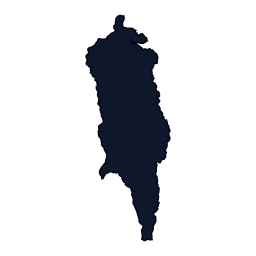 the district of Santa Bárbara, Antioquia, Colombia
{"feature_id": "7082276B96866833393824", "entity_name": "Santa Bárbara", "entity_type": "district", "adm_level": 2, "iso_a3": "COL", "parent_name": "Colombia", "parent_adm1": "Antioquia", "projection": "albers", "projection_center": [-75.582, 5.865], "detail": "fine", "context": "isolated", "style": "filled", "palette": "ink", "viewbox_px": 256, "rotation_deg": 0, "n_neighbors": 0, "source": "geoboundaries", "source_scale": "gbopen_adm2", "svg_char_len": 5768}
<svg xmlns="http://www.w3.org/2000/svg" viewBox="0 0 256 256"><path d="M123.6,15.8L122.4,16.2L120.6,15.4L120.1,15.4L117.6,16.4L115.9,18.7L116.0,20.4L115.4,22.1L115.6,23.6L115.2,25.1L114.1,25.5L113.8,26.8L114.1,28.6L114.8,29.2L116.0,31.1L114.6,31.5L114.3,32.2L111.9,33.1L110.9,33.8L109.5,35.2L107.4,36.7L106.3,38.7L105.8,39.1L101.9,39.3L100.7,39.2L99.4,38.6L98.7,38.8L98.2,39.3L97.3,41.7L96.4,42.5L94.5,45.4L93.0,46.1L92.0,47.0L89.5,47.6L88.1,48.7L87.9,49.2L88.0,50.3L88.8,52.9L88.6,53.4L86.4,55.4L86.0,56.3L86.3,57.6L87.1,59.3L87.1,61.4L86.5,62.2L86.6,62.7L86.3,63.5L86.7,64.7L88.7,65.9L89.1,66.9L90.8,66.9L90.8,68.4L90.3,69.6L90.6,70.2L91.4,70.2L91.5,70.7L90.8,71.8L90.4,72.8L91.3,72.8L91.4,73.4L92.1,73.9L92.3,75.4L92.8,75.3L93.4,75.5L93.1,76.7L93.8,76.9L94.2,76.5L94.7,77.0L95.3,77.0L95.0,77.8L95.9,79.2L94.9,80.0L95.3,80.4L96.1,80.4L96.1,81.0L97.1,81.5L97.4,81.8L97.0,82.8L96.9,83.7L97.9,85.3L97.5,86.2L96.4,86.4L96.4,88.6L96.8,89.9L97.9,90.5L97.8,91.4L98.1,92.8L97.7,93.5L97.6,94.7L97.9,96.3L98.4,97.3L99.3,98.3L98.9,99.0L98.8,99.8L99.1,100.3L98.6,100.8L98.9,101.5L98.5,101.8L98.8,102.2L98.5,102.7L98.7,103.2L98.1,103.3L98.0,104.0L99.6,105.5L100.6,107.3L100.1,108.4L100.3,109.0L100.0,110.0L100.6,111.1L100.9,112.8L101.7,113.3L101.4,113.9L101.4,116.0L102.1,116.8L102.5,118.4L103.0,118.9L103.3,121.6L103.3,122.4L102.8,123.1L98.8,125.9L98.7,128.3L99.0,129.5L98.8,130.5L98.3,131.5L98.7,132.2L98.4,132.9L98.7,135.9L99.9,137.7L101.0,138.3L100.9,139.5L101.4,140.5L101.3,141.7L101.7,143.3L101.6,144.8L102.5,145.6L102.5,146.5L103.7,147.0L104.0,147.5L104.1,148.6L104.8,150.4L106.8,154.0L107.0,156.2L105.9,160.0L105.7,162.2L101.7,167.2L100.5,169.1L99.6,171.6L99.7,173.6L100.6,175.3L101.5,176.2L102.0,178.8L103.2,178.3L103.6,177.6L103.7,176.4L104.8,175.5L104.9,174.4L104.5,174.2L104.4,173.8L106.7,173.5L107.0,173.2L107.0,172.8L107.3,172.6L108.3,172.7L108.3,171.7L108.5,171.3L109.4,171.8L111.5,171.8L113.3,172.7L115.5,172.1L115.9,172.8L116.2,172.0L117.1,172.5L117.8,172.4L119.2,174.4L119.3,175.1L120.7,176.2L122.0,176.3L122.2,177.4L121.9,178.2L122.4,178.9L122.7,180.2L124.1,182.3L125.5,182.9L125.8,184.0L125.5,184.4L125.8,184.5L125.8,185.0L126.1,185.3L126.2,184.9L126.6,185.6L127.0,185.3L127.4,185.6L127.8,186.6L128.2,186.8L129.4,187.0L130.8,188.3L132.2,192.4L131.7,194.8L132.5,196.2L133.3,198.8L133.4,199.8L133.1,203.0L133.2,203.7L134.3,205.4L135.2,207.5L137.2,212.5L138.2,216.4L139.1,218.9L139.1,221.5L139.3,222.0L140.8,223.8L142.5,224.7L143.1,226.0L142.9,228.0L141.8,229.8L141.7,230.4L142.4,236.4L141.8,239.2L142.5,239.4L144.2,240.6L145.0,240.6L147.4,239.2L148.5,239.3L149.8,239.8L152.1,239.6L151.9,238.6L151.8,235.7L151.4,233.1L152.3,231.7L153.0,229.9L153.2,225.9L155.2,222.6L155.8,220.6L155.7,217.2L155.2,216.3L154.4,215.9L153.9,215.3L153.7,214.2L153.8,213.1L154.2,212.5L155.4,211.9L157.8,209.1L157.7,208.5L157.1,207.3L158.2,205.9L158.2,204.0L158.9,203.5L159.1,202.9L158.8,202.4L157.8,201.8L157.7,201.4L158.3,198.8L158.5,196.7L158.4,195.8L157.8,194.1L158.7,192.6L159.0,188.3L158.6,187.4L157.7,186.5L157.9,185.2L157.3,183.8L157.4,179.1L156.7,177.9L157.0,176.9L156.9,176.6L155.7,175.0L155.5,174.4L156.3,170.5L156.2,167.8L156.9,165.2L156.9,164.5L156.7,164.1L155.5,164.3L155.5,163.9L155.9,162.6L157.0,161.7L158.1,161.9L159.5,162.8L160.2,162.7L161.3,160.2L162.1,159.6L164.1,159.1L165.6,156.7L165.7,155.7L164.9,154.5L164.9,154.2L166.1,153.3L166.3,152.8L166.2,152.4L165.3,151.9L165.7,150.8L164.9,150.5L164.7,150.0L165.0,149.3L166.4,148.2L166.5,147.3L167.1,146.0L166.9,142.6L168.0,141.5L168.8,141.0L170.0,138.4L169.0,135.6L168.6,133.0L169.8,131.3L169.9,130.0L169.2,129.3L168.4,125.5L167.7,125.5L167.5,125.3L167.3,122.9L166.6,120.9L166.6,120.3L166.4,120.0L165.5,120.2L164.7,120.0L164.0,118.7L162.9,118.1L162.9,117.7L163.8,117.2L163.5,116.7L163.1,116.7L162.7,116.3L162.4,115.0L162.6,113.9L161.6,113.2L162.0,112.7L160.1,110.3L159.9,109.7L160.0,108.5L159.3,106.8L158.2,106.6L158.3,106.0L157.7,104.9L157.6,104.2L158.1,102.9L158.6,102.7L158.7,101.9L159.3,101.8L159.7,100.9L159.1,100.1L158.8,100.6L158.4,100.5L158.1,99.7L158.2,98.9L157.6,98.4L157.3,97.8L157.5,97.6L157.9,97.8L158.0,97.1L158.4,97.1L158.5,96.5L159.0,96.6L159.4,96.2L159.4,94.7L158.7,94.2L158.6,93.8L159.2,92.9L158.2,91.6L157.2,91.8L156.6,91.2L156.5,90.6L156.0,90.2L156.0,89.5L155.5,89.1L155.9,88.7L155.8,88.1L156.4,87.6L156.4,85.8L155.7,84.7L155.0,84.3L154.8,83.1L153.4,82.9L152.8,82.2L152.6,81.5L152.8,80.1L153.3,79.4L153.4,79.0L154.0,78.4L152.9,77.2L153.0,76.2L152.9,75.4L151.8,74.5L152.1,72.9L151.8,72.2L151.9,71.7L151.5,70.9L151.9,69.4L151.7,68.6L151.9,68.2L152.9,67.9L152.9,67.1L153.4,66.4L153.8,64.6L154.5,63.4L156.1,63.5L157.0,63.2L157.1,62.3L157.4,61.5L157.1,60.6L157.7,58.2L157.6,56.5L156.6,54.2L154.2,52.0L153.8,51.9L153.5,52.3L153.2,50.7L152.6,50.2L151.4,50.3L150.1,48.9L149.7,48.8L148.5,49.2L148.0,49.6L147.1,49.6L145.9,49.1L144.5,49.0L144.3,49.4L143.7,49.7L140.8,47.1L136.0,43.8L133.3,43.4L132.4,43.1L131.0,42.2L131.1,41.0L131.4,40.5L132.1,41.9L133.4,42.9L134.3,42.9L135.2,42.6L137.0,42.5L138.6,42.9L140.0,43.0L140.8,43.3L142.8,43.4L143.7,42.9L144.1,42.3L144.8,42.6L145.3,41.9L147.2,41.0L146.3,40.3L146.9,39.4L146.9,39.1L146.4,38.6L146.4,37.8L144.8,37.0L144.2,36.3L144.0,35.5L142.5,34.0L142.0,33.8L141.5,34.0L141.2,33.8L140.7,33.9L140.1,34.7L139.2,34.9L138.8,35.5L137.6,34.8L137.0,34.9L136.8,34.8L137.1,34.0L136.8,33.9L136.9,33.1L136.0,33.2L135.7,32.7L135.1,32.3L135.3,31.8L135.1,31.5L135.2,31.1L135.9,30.6L135.6,30.3L134.4,30.2L133.8,29.4L133.3,29.2L133.2,29.0L133.0,29.3L132.4,29.3L132.2,28.8L131.6,28.9L131.5,28.4L130.8,28.7L130.3,28.2L129.5,28.5L128.5,28.2L127.7,28.7L126.9,28.4L126.5,27.9L125.1,27.7L124.7,28.0L124.2,27.7L123.8,27.9L123.6,27.2L123.0,26.9L122.9,26.7L122.6,26.7L122.8,26.3L122.5,24.5L122.6,22.2L123.8,19.9L124.2,17.6L123.6,15.8Z" fill="#0f172a" stroke="#020617" stroke-width="1.5"/></svg>